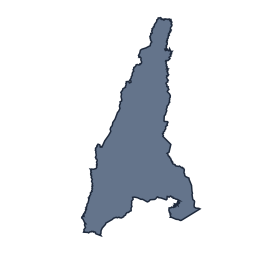 San Juan De Arama, Meta, Colombia, rotated 258°
{"feature_id": "7082276B21683535266968", "entity_name": "San Juan De Arama", "entity_type": "district", "adm_level": 2, "iso_a3": "COL", "parent_name": "Colombia", "parent_adm1": "Meta", "projection": "orthographic", "projection_center": [-73.737, 3.312], "detail": "fine", "context": "isolated", "style": "filled", "palette": "slate", "viewbox_px": 256, "rotation_deg": 258, "n_neighbors": 0, "source": "geoboundaries", "source_scale": "gbopen_adm2", "svg_char_len": 5815}
<svg xmlns="http://www.w3.org/2000/svg" viewBox="0 0 256 256"><g transform="rotate(258 128 128)"><path d="M132.2,111.3L130.5,110.3L128.4,110.5L127.9,110.2L124.8,107.5L120.3,102.6L115.5,99.1L115.5,98.0L114.8,98.2L115.1,96.9L117.4,96.9L118.4,95.3L117.6,94.4L116.8,94.1L116.8,93.7L116.1,93.6L114.9,92.0L114.1,92.1L113.1,91.4L111.9,91.8L110.8,91.4L107.8,91.3L106.1,90.0L105.2,90.5L104.6,90.2L103.8,91.1L102.3,91.1L101.2,90.1L99.4,90.3L98.9,89.7L98.2,90.1L97.5,89.3L96.2,89.4L95.0,88.3L94.8,85.7L95.5,83.4L94.9,83.1L95.2,82.7L93.9,83.1L93.6,82.6L92.0,82.9L91.9,82.4L90.8,81.9L89.8,82.0L89.5,82.4L89.1,82.0L88.4,82.4L87.2,81.7L85.1,82.4L83.5,81.3L81.1,81.8L79.8,81.1L79.4,81.4L78.6,80.8L78.5,81.2L76.4,80.2L75.9,80.6L74.2,79.4L73.5,79.6L73.4,79.0L72.9,78.9L72.3,77.7L70.6,77.6L69.8,76.5L68.7,76.1L68.6,75.5L67.8,75.4L67.8,74.9L67.1,75.2L66.8,74.7L66.1,74.8L62.9,73.2L62.0,72.0L60.4,71.7L59.3,70.7L58.8,70.8L58.6,70.2L58.1,70.6L57.6,70.5L57.8,70.3L57.6,70.1L57.2,70.3L56.9,69.6L56.5,69.8L55.3,68.9L54.9,68.9L54.7,68.3L54.0,68.4L54.1,67.9L53.2,66.8L52.0,66.8L51.9,66.2L51.5,66.3L51.8,66.0L51.0,65.8L51.3,65.4L50.1,64.5L50.3,64.2L49.7,64.0L48.0,65.1L44.8,65.8L43.2,66.7L43.4,65.8L42.3,65.3L39.4,65.7L37.9,63.8L36.4,63.6L35.7,63.1L35.6,63.4L35.3,63.1L34.2,67.0L33.6,67.7L34.4,69.4L34.0,70.3L34.5,71.1L33.5,72.5L33.9,72.7L32.7,74.5L32.2,74.2L31.2,74.6L28.3,79.2L29.8,78.7L30.5,79.6L33.2,80.3L35.5,82.0L38.3,85.8L39.6,86.6L41.8,93.6L42.7,95.0L43.1,97.9L42.4,98.7L42.6,100.6L41.8,101.5L41.4,103.0L42.1,105.3L42.7,105.6L43.4,107.5L44.6,108.2L45.4,109.3L45.3,111.1L46.1,112.1L46.4,113.9L48.9,114.3L50.6,115.6L51.8,115.3L54.1,116.1L55.7,116.2L57.2,118.2L59.2,118.1L59.1,119.8L57.8,122.9L55.6,125.7L55.2,127.5L51.7,131.5L51.9,133.0L53.2,134.9L52.6,139.1L52.9,140.2L54.5,142.3L54.4,142.8L53.5,143.4L52.7,145.8L49.8,150.4L50.2,151.3L52.9,152.1L52.7,152.9L51.8,153.8L52.6,155.3L52.4,155.8L51.4,156.3L51.0,157.5L49.9,157.6L49.5,159.0L48.7,159.6L47.8,161.6L45.9,163.7L46.3,161.7L45.2,161.0L45.2,162.0L44.4,162.0L44.2,162.8L43.9,162.7L43.2,161.2L43.7,160.8L43.7,159.9L43.2,160.5L42.0,160.6L42.9,159.9L42.1,158.6L43.8,158.6L44.1,157.9L43.0,158.3L42.9,156.7L42.1,157.1L41.7,156.5L41.1,157.6L40.8,155.9L41.6,154.1L41.0,153.5L41.3,151.6L39.0,150.9L36.9,151.0L36.7,151.5L35.2,151.2L34.9,151.9L33.8,151.2L32.6,151.4L31.9,150.8L31.6,152.0L28.7,156.1L27.9,158.5L26.7,159.9L26.6,161.0L33.9,181.6L34.7,180.6L35.5,177.8L36.9,176.4L38.4,176.5L42.2,177.8L43.0,177.7L44.6,176.5L49.7,176.8L50.7,177.5L52.8,177.4L58.6,178.2L64.8,177.1L66.3,177.2L68.3,174.5L69.6,173.6L71.6,173.8L72.5,173.4L75.4,174.4L77.0,174.0L77.0,173.4L78.1,173.0L78.0,172.3L80.1,170.4L79.9,169.5L80.9,167.0L81.9,166.3L82.4,166.4L83.5,164.5L84.8,164.1L85.2,164.6L85.7,164.0L86.2,164.2L86.4,163.7L86.8,163.7L86.4,163.2L86.7,163.5L89.5,163.4L90.0,162.8L91.1,162.6L91.3,162.3L91.6,162.5L92.4,161.6L94.6,161.5L95.1,161.0L95.8,163.1L103.0,166.5L112.5,160.4L113.2,161.0L115.2,160.6L115.5,161.7L116.7,161.7L117.4,163.2L118.2,163.4L119.3,164.7L121.6,165.1L122.5,167.1L123.6,166.9L125.3,168.3L126.0,168.0L126.9,164.9L127.5,164.7L132.3,166.0L133.4,167.5L134.7,168.0L136.8,169.5L138.2,169.3L140.2,170.6L141.0,170.6L141.8,171.3L142.3,172.3L144.2,173.4L144.6,174.2L145.7,174.0L147.4,174.8L148.4,174.8L149.3,175.7L150.8,176.1L152.6,175.7L155.4,174.0L156.5,174.7L157.1,176.0L159.1,175.5L159.9,175.9L160.5,174.6L161.9,175.1L163.6,174.4L164.4,174.9L164.9,176.5L165.8,176.4L166.4,177.3L167.8,176.5L169.5,176.2L170.0,176.7L170.9,176.6L171.1,177.1L170.7,177.8L171.7,178.9L173.0,178.2L174.0,178.1L174.3,178.5L175.4,177.9L175.8,178.1L176.0,178.9L176.8,178.8L177.3,179.6L177.8,178.2L178.3,179.1L179.0,178.5L180.0,179.0L180.7,178.3L181.9,179.0L183.5,178.5L184.6,179.2L185.6,178.6L186.1,179.1L185.7,181.2L187.1,183.5L188.6,182.9L189.5,185.0L191.5,184.6L191.7,185.0L191.4,185.9L192.4,186.3L192.8,185.9L193.8,187.1L194.0,185.8L197.0,185.1L195.9,184.5L195.2,184.7L194.9,184.1L196.1,182.8L196.9,182.8L196.8,182.2L196.0,181.7L196.0,180.7L197.5,180.4L197.5,181.2L198.2,182.2L199.4,182.2L200.0,182.7L200.6,182.5L201.8,183.8L203.3,184.1L203.8,183.6L204.5,184.0L204.6,183.7L205.5,184.1L205.3,184.7L207.3,185.1L207.4,185.8L210.1,186.7L209.9,187.4L210.2,187.7L211.0,187.2L211.5,187.6L212.1,187.4L212.3,188.5L213.4,188.8L212.9,189.1L213.1,189.5L214.3,190.3L214.8,190.1L215.0,190.6L215.9,190.0L217.5,190.6L218.9,192.2L220.2,192.4L220.4,191.9L221.3,192.0L222.3,192.9L223.6,192.6L223.3,191.8L224.9,191.1L225.1,191.5L224.5,192.4L225.2,192.6L225.5,191.7L225.1,191.3L226.1,190.9L225.9,189.4L226.5,188.7L226.5,187.9L227.0,187.1L227.0,186.2L226.5,186.5L226.1,185.6L226.9,185.2L226.8,184.9L227.3,184.6L227.1,183.9L227.5,183.8L227.7,183.0L228.6,183.3L229.3,182.5L229.0,181.4L229.4,180.5L228.1,179.7L227.9,178.8L226.0,178.0L223.6,175.3L222.6,175.1L221.9,174.3L221.5,174.5L221.3,173.6L220.5,173.2L219.9,172.0L218.9,172.4L218.0,171.3L216.0,171.5L215.5,170.7L215.7,169.9L214.5,169.8L212.7,168.3L212.0,168.7L211.3,168.3L210.2,168.6L209.5,168.3L207.2,169.1L207.0,168.6L205.4,167.4L203.9,166.9L202.6,162.1L202.2,158.0L201.5,156.3L198.7,155.0L196.8,153.4L196.5,153.7L195.6,153.4L195.8,153.8L195.1,154.3L194.8,154.2L194.9,154.6L193.7,155.3L191.9,154.7L189.9,155.1L188.8,154.7L188.3,154.1L188.4,153.5L188.0,153.4L188.1,152.8L187.4,152.6L187.6,151.1L188.1,150.7L188.2,149.2L187.3,148.8L186.1,147.1L186.0,146.3L184.8,146.0L183.9,145.1L182.4,145.4L181.5,144.1L179.8,143.2L178.7,143.2L177.5,141.9L176.2,141.5L174.4,139.7L173.3,140.7L172.1,140.4L171.8,138.7L172.8,138.4L173.4,138.7L173.7,136.0L172.7,135.9L172.2,135.2L171.2,135.3L170.0,134.8L169.1,134.0L168.3,134.0L167.5,131.2L166.1,130.5L164.3,128.4L162.7,128.8L160.1,127.7L156.9,127.8L155.6,127.2L155.3,125.7L153.4,125.6L152.5,124.7L150.9,124.1L148.8,124.2L146.3,122.3L145.4,121.0L139.2,117.1L136.6,114.3L133.6,113.1L132.2,111.3Z" fill="#64748b" stroke="#1e293b" stroke-width="1.5"/></g></svg>